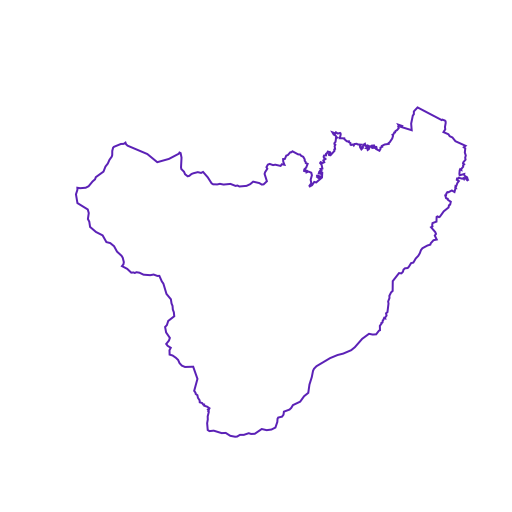 Grosii Tiblesului, Maramures, Romania (orthographic projection), rotated 193°
{"feature_id": "2599482B90074952461136", "entity_name": "Grosii Tiblesului", "entity_type": "district", "adm_level": 2, "iso_a3": "ROU", "parent_name": "Romania", "parent_adm1": "Maramures", "projection": "orthographic", "projection_center": [24.114, 47.531], "detail": "fine", "context": "isolated", "style": "outline", "palette": "violet", "viewbox_px": 512, "rotation_deg": 193, "n_neighbors": 0, "source": "geoboundaries", "source_scale": "gbopen_adm2", "svg_char_len": 6052}
<svg xmlns="http://www.w3.org/2000/svg" viewBox="0 0 512 512"><g transform="rotate(193 256 256)"><path d="M204.5,388.3L204.2,385.1L204.9,383.9L204.9,382.9L203.7,382.2L204.1,380.7L203.0,378.1L203.7,377.4L203.2,376.1L206.1,370.9L207.5,370.8L208.0,371.5L207.7,372.1L206.2,372.2L207.1,373.8L209.5,373.9L209.8,372.6L210.8,371.2L210.4,369.8L212.3,369.2L212.4,368.5L212.4,367.8L211.1,366.1L209.5,366.8L211.9,364.3L210.6,362.7L212.0,361.6L214.1,362.0L214.4,361.0L212.6,359.6L211.0,356.2L212.6,355.4L211.6,354.5L212.2,354.1L212.0,353.4L212.6,353.3L212.1,352.1L213.3,352.1L213.4,350.7L210.9,350.6L211.3,351.3L211.0,352.5L210.2,352.2L209.5,348.1L211.6,348.0L212.5,347.2L212.7,348.0L213.7,348.3L214.5,348.0L214.1,347.3L214.3,346.8L212.8,346.1L211.3,347.1L209.9,346.6L213.9,341.2L215.9,341.3L217.3,337.6L219.2,335.9L219.7,336.4L218.5,339.4L219.9,342.6L219.7,347.3L220.9,349.6L223.9,350.1L225.4,349.0L225.6,350.5L226.4,350.6L226.4,349.5L228.3,349.7L228.4,351.3L227.0,353.4L226.4,357.4L228.4,357.7L228.8,358.8L230.0,359.8L230.3,361.1L232.3,363.3L234.6,363.8L235.8,364.8L237.8,364.5L244.0,366.2L244.9,365.0L245.9,364.8L247.7,361.5L249.1,360.6L249.7,357.1L251.4,356.5L250.6,353.9L248.8,351.3L251.5,351.2L252.3,349.3L257.8,349.3L259.8,348.4L263.4,348.8L265.0,347.7L265.8,344.9L264.6,343.6L266.0,339.7L266.1,337.9L262.2,331.3L264.7,327.5L266.4,326.9L269.2,327.8L275.5,327.8L277.8,324.7L281.0,322.2L287.8,320.0L289.9,320.5L291.7,319.7L297.1,320.5L303.7,318.3L307.4,318.2L309.7,317.1L313.8,316.2L315.6,316.8L320.7,321.8L326.5,326.0L328.2,324.6L331.6,324.6L335.5,322.6L337.3,321.4L339.0,319.1L340.5,318.3L343.5,319.7L345.1,321.9L348.3,323.9L349.0,325.5L350.7,335.1L352.6,339.3L353.8,339.6L354.2,338.3L362.7,331.0L373.3,325.2L384.8,330.9L405.9,334.6L407.7,335.6L408.7,337.1L410.1,335.5L412.8,334.8L419.0,330.4L419.6,329.4L419.7,326.1L418.8,322.0L418.9,320.4L420.4,316.8L421.2,312.7L422.8,309.3L423.6,303.9L429.8,296.8L430.1,294.5L432.0,291.9L434.8,286.3L437.3,284.2L442.6,282.5L445.4,282.3L444.9,280.4L445.3,275.6L441.9,267.4L430.4,263.5L428.6,260.2L428.1,254.2L426.2,252.0L424.2,247.0L417.3,243.4L410.1,241.6L404.9,235.9L400.9,235.8L396.5,233.6L392.4,229.0L387.1,226.0L385.5,224.4L383.4,220.3L383.3,218.1L384.3,216.0L378.6,214.5L373.8,211.7L371.7,212.4L370.3,212.2L368.8,213.3L365.8,213.5L361.4,212.5L354.8,213.5L351.6,214.9L347.6,214.4L345.7,214.9L342.1,210.1L340.0,208.2L334.7,198.9L329.2,194.7L327.6,190.7L326.1,188.6L325.0,185.1L323.4,182.7L322.1,178.9L326.9,173.0L327.3,168.6L328.6,166.4L326.4,161.3L321.5,156.8L321.8,154.0L323.7,150.1L321.9,148.6L318.4,147.4L319.1,144.7L318.0,140.5L314.9,140.3L311.2,138.8L308.5,137.2L306.4,134.4L303.6,132.5L300.2,131.9L292.3,134.0L285.4,123.1L285.9,110.7L284.3,109.3L283.7,108.0L281.8,107.2L280.7,104.8L278.5,102.7L277.9,100.8L275.4,100.6L274.1,99.4L273.1,99.6L272.8,98.5L269.7,98.2L267.2,97.2L268.2,95.7L267.3,95.4L267.7,94.1L266.9,93.5L267.0,88.9L266.2,85.8L266.0,82.1L263.9,75.6L262.0,74.9L257.9,76.3L249.6,75.7L245.7,76.8L240.6,75.0L235.6,75.2L233.8,75.8L231.4,78.1L227.6,79.0L223.2,81.7L220.7,81.5L217.2,82.5L211.5,88.7L206.4,88.7L201.9,90.4L198.5,93.2L197.9,99.1L198.4,102.3L198.0,103.6L194.5,105.3L193.5,107.6L193.8,110.6L188.8,113.9L187.5,115.9L186.5,119.0L180.2,124.0L177.6,130.2L174.3,134.4L175.0,142.8L174.4,150.6L174.6,157.0L174.1,159.2L172.3,162.2L160.8,173.2L154.2,177.9L149.1,180.5L142.1,185.6L139.2,189.3L133.9,199.2L128.4,205.6L124.6,205.7L121.3,206.7L119.4,210.9L118.5,211.6L119.6,215.8L118.5,218.3L118.8,218.8L117.8,219.8L118.0,221.7L117.6,222.1L117.2,224.5L116.1,224.3L116.4,225.0L115.4,227.3L116.4,229.4L115.3,230.9L116.2,239.5L117.0,241.4L116.5,245.1L117.1,247.2L116.2,250.9L115.0,252.7L117.1,262.3L112.8,271.5L110.4,271.8L109.3,273.7L109.2,275.9L108.1,277.5L105.5,278.4L104.6,280.0L103.3,283.9L101.2,285.0L99.8,289.5L97.9,292.7L97.0,295.6L96.6,298.8L95.6,301.0L91.3,304.8L88.7,306.3L88.6,307.7L86.6,311.3L83.6,312.7L86.4,316.1L85.6,318.0L86.7,319.6L91.9,323.4L90.7,324.5L91.3,325.8L91.4,327.8L87.9,330.1L88.8,334.7L88.1,335.4L86.4,335.0L85.7,335.6L83.1,341.8L79.3,346.6L79.4,348.8L78.4,349.7L78.4,352.7L81.2,353.7L82.0,354.2L82.1,354.9L83.8,355.1L85.2,357.6L84.5,357.9L84.6,359.6L83.9,361.3L83.0,361.3L79.9,363.9L77.0,363.0L76.9,366.8L76.6,366.9L77.2,367.4L77.3,368.8L76.7,368.6L76.2,372.4L75.2,374.6L77.5,375.4L77.5,376.8L76.3,377.1L76.1,377.8L72.4,377.7L71.5,378.5L70.6,377.7L70.4,378.8L69.8,379.2L67.1,377.3L66.6,377.8L67.6,378.6L67.4,379.2L68.1,380.2L70.6,381.0L71.6,382.1L71.6,382.7L75.7,380.5L76.3,381.7L76.8,385.4L76.6,386.5L75.3,386.1L75.6,386.9L74.2,389.6L74.6,390.9L73.8,392.2L75.1,392.8L75.1,393.9L73.5,397.0L74.3,398.9L74.2,401.1L75.8,403.8L76.3,407.9L78.0,408.7L76.6,410.5L87.5,412.7L91.3,415.7L94.2,416.3L95.9,417.9L101.2,418.9L100.1,422.0L100.9,424.2L101.1,428.3L101.6,429.9L102.5,430.5L105.1,430.8L105.6,430.2L132.0,437.1L134.7,432.4L134.1,429.6L134.8,428.1L134.6,419.9L132.6,413.6L143.6,414.4L143.0,415.6L147.0,416.0L145.9,414.7L146.5,414.1L145.7,412.7L146.8,410.5L148.2,409.1L148.3,407.7L149.0,407.5L149.6,405.1L150.2,404.8L149.5,403.8L149.7,401.1L151.3,396.9L152.2,395.9L151.9,395.1L155.7,393.6L158.1,391.6L157.6,390.8L159.1,389.6L158.8,388.3L159.4,386.3L162.8,387.2L162.6,387.8L163.3,389.3L163.9,389.1L164.0,388.1L164.9,388.0L165.9,388.8L165.5,389.9L165.8,390.3L167.9,389.6L167.8,388.8L166.2,387.7L166.5,387.5L167.8,387.7L168.8,389.7L168.6,388.7L169.9,388.3L170.1,385.4L171.0,384.5L171.7,386.0L172.8,385.9L172.2,386.8L170.5,386.2L170.2,387.4L171.2,387.4L170.7,388.5L172.1,388.8L172.6,387.6L171.9,387.6L172.5,387.2L173.2,389.2L173.3,388.1L174.2,388.0L175.1,389.8L176.2,388.7L175.9,388.3L177.1,386.4L176.7,386.2L177.5,385.5L176.4,385.1L177.3,383.6L179.0,385.3L179.6,386.7L178.8,388.1L182.1,387.6L183.1,388.0L185.1,387.3L185.6,385.7L186.6,386.5L188.3,385.5L189.0,385.8L189.4,387.3L191.3,387.9L191.3,388.6L193.3,388.2L196.1,389.7L196.4,390.5L200.9,389.6L200.8,393.3L201.2,394.5L201.8,394.8L203.9,393.7L205.9,394.5L206.2,393.3L207.3,392.8L207.7,393.5L209.4,393.7L207.6,391.8L205.7,391.3L204.5,390.2L204.6,389.6L203.6,389.6L204.5,388.3Z" fill="none" stroke="#5b21b6" stroke-width="2"/></g></svg>